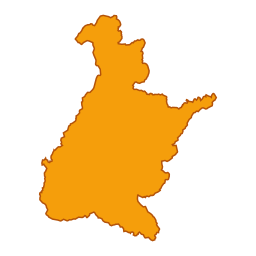 the district of Mongmit, Shan, Myanmar
{"feature_id": "60261553B47927244306480", "entity_name": "Mongmit", "entity_type": "district", "adm_level": 2, "iso_a3": "MMR", "parent_name": "Myanmar", "parent_adm1": "Shan", "projection": "natural_earth1", "projection_center": [96.697, 23.526], "detail": "fine", "context": "isolated", "style": "filled", "palette": "amber", "viewbox_px": 256, "rotation_deg": 0, "n_neighbors": 0, "source": "geoboundaries", "source_scale": "gbopen_adm2", "svg_char_len": 5767}
<svg xmlns="http://www.w3.org/2000/svg" viewBox="0 0 256 256"><path d="M116.4,15.8L114.0,15.5L113.3,16.3L110.7,17.7L108.5,16.6L103.2,15.4L100.4,16.1L97.3,20.4L96.6,22.5L94.6,25.6L93.0,25.2L92.0,23.9L90.7,23.8L90.4,24.3L88.7,24.8L87.9,24.7L85.3,25.7L83.2,27.7L83.0,28.4L82.7,28.4L81.8,30.5L81.0,31.7L79.6,33.3L78.8,33.5L77.6,36.2L75.4,38.7L75.4,39.3L76.5,40.3L78.2,42.6L79.4,42.6L80.6,43.9L81.7,44.4L83.6,42.5L87.1,40.6L89.1,41.0L92.8,42.6L93.0,45.2L94.2,47.9L94.3,49.0L93.0,52.4L93.8,54.9L95.9,59.8L96.0,61.0L95.6,63.8L95.7,64.6L96.6,65.6L97.7,65.6L98.4,66.2L100.2,69.3L100.7,74.7L100.2,75.4L98.6,75.3L97.7,75.7L96.9,77.0L96.3,78.4L93.9,87.7L92.8,89.5L90.0,92.4L87.5,92.4L85.3,95.2L84.8,96.5L82.4,97.9L82.7,100.6L82.4,101.8L81.6,102.1L81.6,102.3L81.9,105.3L82.4,107.0L82.4,108.7L79.7,110.2L79.4,111.1L79.6,112.9L77.5,115.2L76.2,115.8L76.1,116.3L76.4,117.1L75.8,118.3L76.2,118.8L75.5,121.0L72.3,123.3L70.5,123.9L70.2,125.2L68.9,125.9L68.6,126.7L67.7,130.2L63.4,132.9L64.5,136.7L61.3,138.2L60.8,140.2L61.6,142.1L61.4,143.4L61.0,143.6L61.2,144.2L62.4,145.4L60.2,146.9L58.6,146.8L58.0,147.1L56.1,148.9L55.5,149.9L54.4,150.3L54.0,149.9L53.8,151.0L53.0,152.2L52.4,154.0L51.1,156.0L51.0,157.6L51.3,159.1L52.1,159.9L52.0,161.1L50.7,161.6L50.1,161.1L49.6,162.5L49.2,162.5L48.0,161.8L47.7,160.3L45.9,159.3L45.6,158.1L44.5,159.7L43.8,160.1L42.6,160.0L41.9,163.0L42.2,165.0L43.8,164.2L44.4,165.5L45.5,166.5L46.8,168.5L45.6,171.3L44.4,173.0L44.6,176.1L45.3,177.1L44.7,178.4L45.2,180.8L44.9,181.9L44.1,183.0L44.2,184.7L43.5,187.8L42.5,187.9L42.7,190.3L41.8,190.9L41.6,192.5L40.9,192.1L39.8,193.1L39.7,194.7L40.2,195.0L40.4,196.5L40.0,197.5L39.9,199.4L40.0,199.9L42.6,202.8L44.7,203.8L46.1,205.4L46.5,207.4L47.6,209.4L47.6,210.2L46.0,213.2L45.9,213.7L46.4,214.7L48.4,216.2L48.8,217.1L52.5,219.1L58.0,220.1L60.3,220.9L61.1,220.8L63.6,219.3L67.1,220.8L68.5,220.4L69.4,219.7L71.0,219.9L73.8,218.9L75.3,219.1L78.6,217.2L82.2,217.5L83.6,216.9L84.9,215.6L85.6,215.9L86.7,217.5L87.2,217.5L89.4,215.4L89.8,213.8L93.9,212.1L95.1,213.2L95.7,214.6L97.9,216.8L98.2,217.9L99.8,217.9L101.9,218.8L103.0,220.8L104.8,222.1L108.6,222.8L110.1,225.1L111.5,225.7L112.8,225.1L115.0,224.7L115.4,224.3L118.5,224.1L119.8,225.7L120.3,227.0L122.0,226.9L123.5,228.6L123.9,231.5L125.5,231.1L127.2,231.7L128.4,232.5L129.6,232.5L130.4,233.3L131.0,232.2L132.5,232.0L133.5,232.6L133.8,234.5L133.4,234.9L134.9,235.8L136.7,235.5L136.9,234.9L137.6,234.1L138.1,234.2L138.5,232.9L139.5,232.1L141.3,234.1L143.4,234.8L144.3,236.8L145.2,237.9L148.6,237.4L150.7,239.7L152.6,240.6L154.8,239.8L154.9,238.7L155.6,238.1L155.7,237.2L154.8,236.2L154.7,235.4L155.1,234.8L156.0,234.4L156.8,232.5L158.5,232.6L158.6,231.1L159.5,229.2L159.4,228.7L156.9,225.4L156.6,224.5L157.1,223.6L157.0,223.2L156.3,222.5L155.8,221.1L155.9,220.3L154.1,217.2L152.9,216.5L152.6,215.5L150.8,213.8L147.8,211.8L145.6,206.8L145.3,206.5L143.4,206.9L143.0,206.7L140.5,204.5L137.9,201.4L137.4,199.0L137.7,195.1L138.1,195.0L138.7,195.6L142.8,197.5L143.5,196.9L144.2,197.2L144.7,196.7L145.5,197.4L145.9,196.5L147.0,196.1L148.9,196.7L150.8,195.3L152.0,195.6L152.7,195.2L153.5,195.2L155.1,193.2L157.9,192.0L160.2,190.4L159.6,189.4L160.7,188.6L161.9,186.0L163.8,183.4L164.6,183.2L165.1,181.7L165.1,180.2L165.6,179.6L167.7,179.7L168.4,179.2L169.2,176.5L169.3,174.3L168.9,173.5L167.8,172.5L166.0,173.0L164.5,172.4L163.5,171.2L161.4,169.9L162.1,168.7L162.5,166.8L161.8,163.9L161.7,161.2L165.0,160.5L167.1,161.4L169.0,160.5L172.3,157.9L172.2,156.5L175.6,154.5L176.3,153.2L177.2,152.5L177.5,151.8L176.1,145.4L172.9,145.6L172.3,144.6L174.6,143.5L175.3,141.7L177.9,140.3L178.0,139.3L177.6,137.8L180.2,135.4L181.1,133.7L182.2,133.4L182.9,131.4L182.7,130.1L185.2,128.3L185.6,126.9L186.8,125.8L187.4,124.9L187.1,123.6L187.4,122.6L189.2,119.4L191.3,117.6L191.6,115.9L193.6,112.8L195.0,112.6L196.2,111.4L197.0,111.1L198.2,111.6L200.2,109.4L202.1,108.0L203.2,107.8L205.8,109.0L207.1,108.6L208.0,107.8L212.2,105.7L212.5,103.9L212.2,102.4L213.8,100.6L214.7,100.4L216.3,97.6L214.2,94.0L213.4,93.5L213.0,93.6L212.0,94.8L211.4,96.2L211.3,97.3L210.6,96.7L208.7,96.2L206.1,94.8L205.7,95.6L205.8,96.7L204.8,96.3L203.5,96.7L202.5,98.6L200.7,100.5L200.3,99.6L200.2,98.2L198.7,97.2L198.0,97.4L197.5,98.8L196.5,100.1L195.0,98.8L194.2,99.2L192.7,102.3L191.8,101.8L188.7,101.3L187.7,100.1L186.6,99.7L186.3,100.6L187.7,101.8L187.1,103.1L185.0,102.8L184.0,103.2L183.1,104.7L182.6,104.7L182.4,105.8L181.8,106.2L181.4,107.4L180.2,107.7L179.3,108.7L178.6,108.9L177.7,108.0L176.7,107.6L172.5,107.4L171.3,107.8L170.6,107.6L169.8,106.9L168.3,107.0L167.8,105.2L166.9,103.6L166.5,101.3L166.8,99.5L166.3,98.9L166.7,97.7L166.5,96.6L163.1,95.1L162.3,94.1L160.4,94.9L158.6,94.1L157.7,94.5L154.5,94.4L154.1,94.8L152.8,94.8L152.4,94.0L151.6,93.9L151.0,93.4L150.1,93.5L149.2,94.6L148.0,94.2L147.6,94.4L146.7,94.1L146.6,93.1L145.7,92.5L145.2,91.6L144.3,91.1L143.2,91.5L141.6,90.4L139.4,90.5L136.6,89.3L134.0,89.4L133.0,88.2L133.6,86.3L132.7,85.4L135.0,82.2L136.3,82.0L137.6,82.9L139.6,83.3L141.8,82.2L144.2,81.8L144.7,80.0L146.4,78.8L146.8,77.4L147.6,76.6L148.9,72.9L149.1,70.8L147.7,65.9L146.6,64.2L144.9,63.3L142.7,63.3L142.5,62.5L142.2,62.3L142.7,61.0L142.6,60.4L141.9,59.7L142.7,58.5L142.3,55.0L143.0,53.6L142.7,52.2L142.2,51.5L141.1,51.4L142.5,47.9L143.4,47.2L145.1,42.9L143.9,40.0L143.2,39.3L142.2,39.0L141.0,39.3L140.7,39.9L139.6,40.3L138.3,40.3L137.9,39.8L135.6,41.1L134.6,41.0L133.2,42.8L132.2,42.5L129.7,44.7L125.9,45.0L125.3,44.0L121.7,44.3L118.3,43.7L118.1,42.5L119.5,41.9L121.9,38.4L121.9,36.9L121.9,36.2L121.3,35.5L121.6,34.7L121.2,33.7L121.5,32.2L121.3,31.7L120.9,31.7L120.4,30.6L118.8,31.1L118.0,30.5L118.4,28.5L118.1,28.1L118.6,27.6L118.4,26.9L119.6,26.6L120.7,24.8L120.4,23.2L119.5,21.1L117.9,19.6L116.4,18.9L116.8,17.0L116.4,15.8Z" fill="#f59e0b" stroke="#b45309" stroke-width="1.5"/></svg>